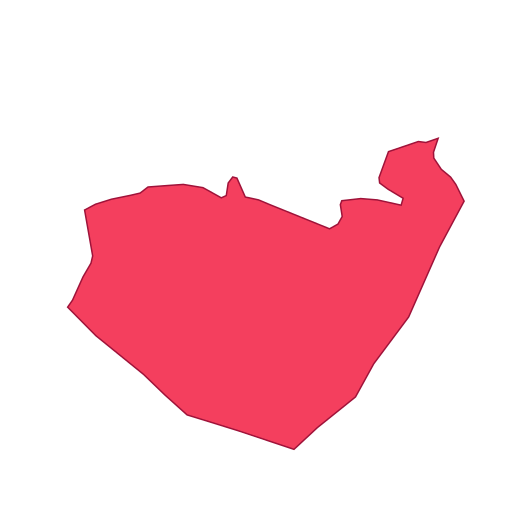 the district of Bérmo, Maradi, Niger, rotated 200°
{"feature_id": "23599985B15241034776795", "entity_name": "Bérmo", "entity_type": "district", "adm_level": 2, "iso_a3": "NER", "parent_name": "Niger", "parent_adm1": "Maradi", "projection": "albers", "projection_center": [6.974, 15.013], "detail": "fine", "context": "isolated", "style": "filled", "palette": "rose", "viewbox_px": 512, "rotation_deg": 200, "n_neighbors": 0, "source": "geoboundaries", "source_scale": "gbopen_adm2", "svg_char_len": 868}
<svg xmlns="http://www.w3.org/2000/svg" viewBox="0 0 512 512"><g transform="rotate(200 256 256)"><path d="M86.6,327.4L79.2,378.7L92.7,391.6L100.1,396.7L111.5,400.8L122.4,408.8L124.7,414.2L125.1,428.9L135.1,420.8L142.6,419.1L167.2,399.4L167.2,371.7L164.8,366.9L154.7,363.9L137.5,360.6L137.0,353.4L161.2,350.2L177.2,345.8L194.3,337.3L194.3,333.1L188.5,322.6L189.9,314.0L196.2,306.7L260.7,309.0L272.8,309.6L283.3,308.2L286.2,307.7L300.6,322.7L304.9,322.3L307.1,315.1L304.6,302.6L308.5,298.8L329.2,302.1L348.8,298.4L362.7,292.2L381.1,283.9L386.4,275.5L394.7,270.1L411.3,259.9L424.5,249.8L432.8,240.6L409.5,200.2L408.6,192.8L411.4,177.3L413.3,151.8L415.5,143.5L379.1,126.3L321.2,106.3L294.4,94.4L266.4,83.1L257.2,83.6L252.8,83.8L213.6,85.7L154.2,87.3L139.6,115.8L114.3,157.6L108.5,195.0L91.7,250.9L86.6,327.4Z" fill="#f43f5e" stroke="#9f1239" stroke-width="1.5"/></g></svg>